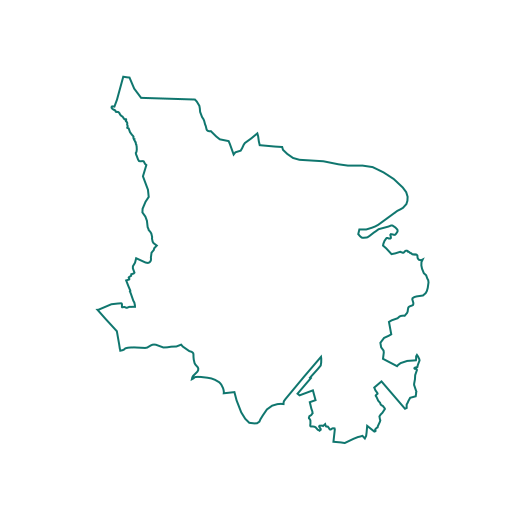 Hue, Thừa Thiên - Huế, Vietnam, rotated 170°
{"feature_id": "81297802B88130440660417", "entity_name": "Hue", "entity_type": "district", "adm_level": 2, "iso_a3": "VNM", "parent_name": "Vietnam", "parent_adm1": "Thừa Thiên - Huế", "projection": "natural_earth1", "projection_center": [107.578, 16.453], "detail": "fine", "context": "isolated", "style": "outline", "palette": "teal", "viewbox_px": 512, "rotation_deg": 170, "n_neighbors": 0, "source": "geoboundaries", "source_scale": "gbopen_adm2", "svg_char_len": 6044}
<svg xmlns="http://www.w3.org/2000/svg" viewBox="0 0 512 512"><g transform="rotate(170 256 256)"><path d="M254.6,105.4L254.2,107.2L253.6,108.3L251.6,110.2L229.3,129.1L209.5,145.4L209.6,143.3L210.3,139.8L211.3,136.9L214.7,134.0L223.9,126.8L223.2,126.2L239.0,113.2L237.3,111.2L223.3,113.8L222.4,103.7L228.4,102.7L228.0,96.1L227.5,93.1L227.6,91.9L227.5,91.4L229.3,89.7L231.2,89.0L232.0,87.5L232.0,86.9L231.2,85.7L231.0,84.5L231.5,81.5L232.0,79.9L232.0,79.1L231.6,78.6L229.5,78.2L228.1,77.7L227.1,77.0L225.3,74.1L224.3,73.5L223.8,72.9L222.5,73.6L222.3,74.3L223.3,76.6L223.4,77.3L222.9,77.8L220.3,77.5L219.5,76.9L217.1,78.4L217.0,77.4L216.6,76.0L216.0,75.7L215.0,75.6L214.4,74.6L213.6,72.7L213.1,72.2L212.0,72.3L211.5,72.7L210.2,73.0L208.6,72.6L208.5,71.5L212.0,59.6L204.9,57.7L201.1,56.4L191.8,59.0L187.1,60.0L184.9,60.1L182.4,60.4L180.5,57.4L178.8,59.7L177.8,62.8L176.0,69.4L170.0,62.6L169.6,62.8L168.9,62.7L168.6,63.0L168.8,64.3L168.2,65.0L166.9,65.8L166.0,66.1L165.6,67.2L162.8,71.2L162.1,72.6L162.3,73.7L162.3,76.6L160.7,78.3L158.8,79.6L155.6,83.0L155.8,83.8L157.1,86.3L158.3,87.2L159.0,88.1L159.3,89.9L160.8,92.3L161.7,95.9L162.4,97.6L162.2,98.0L160.2,99.3L160.3,100.1L161.7,102.9L162.4,105.9L154.2,110.7L135.8,79.7L134.0,80.2L133.8,81.6L133.4,83.6L132.0,85.3L131.2,86.6L128.8,89.6L123.1,90.1L122.2,92.7L122.1,93.7L121.6,94.4L122.7,101.6L122.4,102.9L120.9,106.9L119.9,111.1L117.3,115.8L117.7,116.9L119.3,117.4L119.5,118.0L118.7,118.5L116.4,118.6L115.6,120.5L113.1,124.7L113.1,126.0L113.9,128.9L114.7,130.6L115.7,129.4L116.2,126.8L116.6,125.5L125.3,126.4L126.8,126.2L132.2,125.4L135.0,124.0L136.2,123.0L148.8,132.7L146.9,138.8L146.8,140.7L148.6,144.3L148.6,148.9L144.1,153.1L139.1,154.4L136.4,155.4L136.5,168.0L133.5,169.1L127.4,170.1L125.1,171.5L123.6,171.8L121.3,171.7L120.0,171.3L117.1,173.7L116.3,175.0L115.7,176.9L115.0,178.7L114.4,179.3L113.0,179.8L111.1,180.1L109.9,180.5L109.4,181.4L109.2,182.5L109.6,186.2L109.2,187.2L108.2,187.7L107.0,188.1L104.8,188.3L98.4,188.1L95.3,190.0L93.8,191.9L92.4,194.8L90.7,200.0L90.6,202.3L91.2,204.0L91.8,207.5L93.7,209.9L94.7,214.7L94.8,218.0L94.1,221.3L92.5,223.6L93.8,223.2L94.5,223.3L96.1,223.9L96.8,224.9L97.2,226.1L97.0,228.5L97.7,229.5L98.6,229.9L99.2,229.6L100.1,230.3L100.8,230.1L101.8,230.6L102.7,231.8L103.5,232.0L104.1,232.8L104.3,233.2L105.7,233.9L105.8,234.7L106.8,235.1L108.0,235.1L109.8,233.8L110.6,233.6L111.5,234.0L111.9,234.4L112.8,234.7L113.2,235.1L118.4,234.4L122.2,234.3L126.5,241.0L129.1,244.2L128.4,246.0L126.8,248.6L125.0,250.4L124.3,251.0L123.3,250.9L122.1,250.1L120.7,249.9L120.0,250.4L119.9,251.7L120.1,253.4L119.4,254.1L117.6,253.5L116.3,252.8L115.3,252.8L114.2,253.6L112.4,255.5L112.1,256.8L112.3,257.6L113.8,259.9L116.3,262.3L117.6,262.6L120.4,262.0L130.6,261.1L133.8,259.5L135.7,258.7L140.8,256.0L142.9,255.1L143.8,255.0L147.2,255.3L148.4,255.6L149.0,256.1L150.1,257.4L151.5,259.8L149.6,264.2L142.7,263.0L137.0,263.7L133.5,264.4L130.2,265.5L109.0,275.9L105.6,276.9L102.9,277.9L98.9,281.0L97.3,284.1L96.4,288.0L97.0,292.8L99.6,298.0L107.0,307.9L115.9,316.2L125.7,323.3L135.6,326.6L149.9,329.1L158.9,332.0L173.2,337.6L196.5,343.2L202.5,346.1L207.5,351.1L211.0,355.9L211.3,358.8L218.4,360.5L233.1,364.5L233.3,368.4L233.1,373.5L233.4,376.5L240.3,372.6L247.3,369.2L248.7,367.8L251.0,364.5L252.8,362.4L258.3,361.7L260.4,359.8L262.3,370.9L263.0,373.9L271.4,377.2L274.4,380.6L278.8,386.8L279.8,386.8L281.4,387.4L281.9,387.8L282.5,388.6L282.7,389.3L282.9,392.7L283.3,394.5L283.6,398.2L284.0,399.9L285.0,402.2L286.0,407.6L285.7,411.1L285.7,413.7L287.5,418.4L289.0,420.7L341.7,431.7L346.9,442.0L349.6,453.7L352.1,454.4L355.6,455.6L365.8,434.0L369.5,427.7L371.4,428.3L372.1,428.2L372.5,427.1L371.9,425.9L370.6,424.6L370.0,424.5L369.2,423.5L369.2,422.7L368.8,422.2L367.2,421.9L366.5,421.6L365.6,420.2L365.4,419.2L365.0,418.4L364.3,417.4L363.2,416.4L362.0,413.8L361.6,413.4L360.7,413.4L360.2,413.2L360.2,412.4L360.7,412.0L360.7,411.3L359.8,410.1L359.7,409.1L360.1,407.8L359.8,406.4L359.9,405.8L360.5,404.9L360.5,404.5L359.2,403.7L358.6,399.9L357.3,397.2L356.1,395.3L355.9,394.7L356.2,393.9L356.2,393.1L355.9,392.5L355.5,392.2L355.9,391.8L355.3,390.3L355.2,389.5L354.7,388.9L354.8,388.5L354.8,386.9L354.5,386.4L354.6,385.3L354.5,384.8L354.9,381.6L355.6,379.4L356.5,378.3L356.4,376.5L356.2,375.9L355.4,371.5L354.7,369.8L353.6,369.4L350.9,369.1L350.4,368.8L350.1,368.6L349.3,366.0L348.2,364.6L353.5,354.1L350.9,340.0L351.4,332.8L355.3,328.7L359.5,322.2L360.3,318.6L358.1,314.0L357.3,309.6L357.7,303.2L357.2,301.2L357.2,300.3L355.9,298.1L355.2,296.3L355.0,292.7L355.4,291.3L355.3,288.1L354.7,286.5L351.9,283.5L354.9,281.3L355.6,279.7L358.3,277.4L359.8,272.7L359.9,271.3L360.4,269.7L361.6,268.5L362.8,268.0L364.0,268.0L366.0,268.8L374.4,274.6L376.3,270.4L379.0,267.3L379.4,265.3L378.6,260.7L379.5,260.0L382.0,259.7L382.4,258.2L384.8,257.2L385.1,256.9L384.7,255.3L385.0,254.9L388.1,254.5L387.0,248.9L385.8,243.7L385.9,243.2L386.3,243.0L385.8,240.7L384.6,233.3L383.9,231.3L383.8,228.6L384.0,227.0L389.7,227.9L392.1,227.4L392.8,227.6L394.5,228.7L396.6,228.7L396.8,228.8L396.9,229.1L396.4,231.6L396.5,232.4L396.6,232.6L396.9,232.8L398.4,233.0L400.5,233.2L406.8,233.6L420.6,230.4L421.4,230.5L415.1,220.2L406.1,206.1L406.1,193.2L406.2,188.3L406.1,187.8L406.1,186.3L403.9,186.4L402.4,186.7L401.2,187.5L400.2,187.8L397.9,187.9L394.8,187.6L391.7,187.1L381.2,184.7L379.1,184.7L375.1,186.2L373.4,186.6L371.8,186.5L370.0,186.0L363.1,182.0L359.5,181.5L355.1,181.4L350.1,180.7L345.1,181.7L343.9,179.6L338.2,173.9L336.2,172.9L335.3,172.1L334.7,171.1L334.7,169.9L335.1,167.4L335.3,164.7L335.1,161.2L334.6,159.7L332.6,156.4L332.4,155.1L332.8,153.6L333.8,152.3L338.8,148.8L339.8,147.5L340.5,145.8L338.7,146.4L337.6,147.2L336.6,147.3L334.5,147.1L331.5,146.5L325.1,144.6L321.3,143.2L317.9,141.2L314.2,138.1L313.3,136.8L312.5,135.3L311.4,131.6L311.2,129.6L311.3,127.4L311.6,126.4L300.9,125.7L300.2,117.2L297.7,104.6L294.9,97.6L291.6,92.9L286.6,91.4L284.0,91.1L281.4,92.3L280.1,94.3L277.0,97.8L271.9,103.0L266.1,105.8L260.7,106.4L257.3,106.1L254.6,105.4Z" fill="none" stroke="#0f766e" stroke-width="2"/></g></svg>